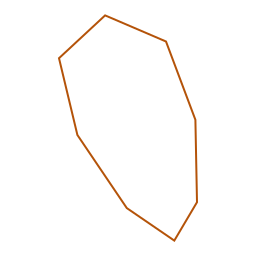 outline of Pitcairn Islands
{"feature_id": "PCN", "entity_name": "Pitcairn Islands", "entity_type": "country or territory", "adm_level": 0, "iso_a3": "PCN", "parent_name": "Oceania", "parent_adm1": "", "projection": "orthographic", "projection_center": [-128.313, -24.368], "detail": "fine", "context": "isolated", "style": "outline", "palette": "amber", "viewbox_px": 256, "rotation_deg": 0, "n_neighbors": 0, "source": "natural_earth", "source_scale": "50m", "svg_char_len": 230}
<svg xmlns="http://www.w3.org/2000/svg" viewBox="0 0 256 256"><path d="M197.0,202.2L174.3,240.6L126.8,208.1L77.4,135.0L59.0,58.2L105.1,15.4L166.0,41.5L195.4,119.8L197.0,202.2Z" fill="none" stroke="#b45309" stroke-width="2"/></svg>